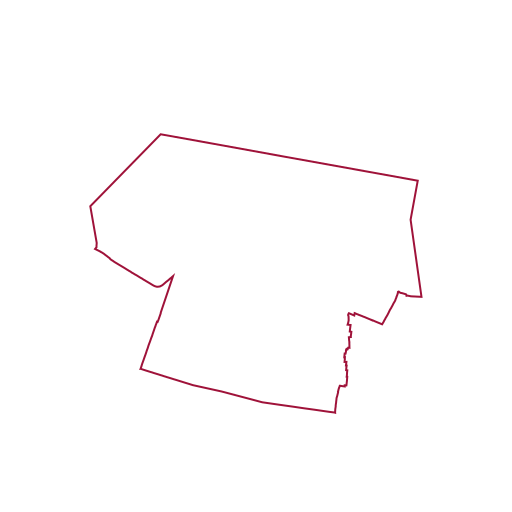 Drechterland, Noord-Holland, Netherlands, rotated 219°
{"feature_id": "6326949B42613420061544", "entity_name": "Drechterland", "entity_type": "district", "adm_level": 2, "iso_a3": "NLD", "parent_name": "Netherlands", "parent_adm1": "Noord-Holland", "projection": "orthographic", "projection_center": [5.149, 52.656], "detail": "fine", "context": "isolated", "style": "outline", "palette": "rose", "viewbox_px": 512, "rotation_deg": 219, "n_neighbors": 0, "source": "geoboundaries", "source_scale": "gbopen_adm2", "svg_char_len": 5516}
<svg xmlns="http://www.w3.org/2000/svg" viewBox="0 0 512 512"><g transform="rotate(219 256 256)"><path d="M177.7,416.3L223.8,391.0L298.6,349.9L359.6,316.5L406.7,290.6L416.1,190.4L388.0,165.9L386.2,163.3L385.5,162.5L385.5,160.2L379.7,161.5L379.6,161.4L379.4,161.4L379.3,161.5L378.6,161.6L377.6,161.8L376.4,161.9L375.7,162.0L375.3,162.0L374.1,162.0L373.6,162.0L371.9,162.1L370.7,162.1L370.3,162.1L370.1,162.1L369.9,162.1L369.7,162.1L368.9,162.2L368.7,162.2L368.4,162.2L368.1,162.1L367.6,162.0L367.4,161.9L367.2,161.9L366.1,161.9L365.8,162.0L365.2,162.0L363.9,162.2L363.0,162.2L362.3,162.3L361.3,162.4L361.0,162.4L360.7,162.5L360.0,162.6L357.7,162.9L355.0,163.3L350.8,163.9L349.1,164.1L347.4,164.3L346.1,164.5L345.7,164.5L344.7,164.7L343.4,164.9L342.9,164.9L342.4,164.9L342.1,164.9L341.4,165.1L340.7,165.2L339.2,165.4L338.3,165.5L338.0,165.6L337.4,165.7L336.2,165.9L334.5,166.1L333.0,166.3L332.0,166.4L330.8,166.7L330.7,166.7L329.4,166.8L328.4,166.9L328.2,166.9L327.5,167.1L326.6,167.2L326.4,167.2L321.7,167.9L319.4,168.2L317.3,168.5L316.8,168.6L316.4,168.7L315.6,168.9L314.9,169.2L314.1,169.5L313.3,170.0L312.1,171.2L311.6,171.8L311.3,172.2L311.3,172.4L311.2,172.6L310.8,173.4L310.6,173.9L310.5,174.2L310.4,174.5L310.2,175.4L310.0,176.5L309.7,178.3L309.6,179.0L309.3,180.3L308.9,182.0L308.8,182.5L308.6,184.1L308.2,185.7L308.0,187.0L307.8,188.1L298.5,163.1L295.8,155.8L294.4,152.1L294.0,151.5L293.9,151.3L291.6,144.9L291.0,142.9L291.3,142.8L291.6,142.7L291.2,141.6L291.1,141.2L290.9,140.8L290.7,140.1L290.4,139.1L290.0,138.2L289.9,137.8L289.8,137.6L289.7,137.1L289.2,135.7L288.8,134.7L287.8,131.9L287.6,131.4L287.1,130.0L286.7,129.1L286.4,128.2L286.2,127.8L286.2,127.5L286.1,127.3L286.1,127.1L285.9,126.6L285.4,125.2L284.9,123.8L284.8,123.5L284.5,122.7L283.9,120.8L283.1,118.5L282.6,117.3L282.1,116.0L282.0,115.7L281.4,113.9L281.1,113.1L280.8,112.4L279.8,109.7L279.5,108.8L279.5,108.7L279.3,108.3L279.2,107.8L279.0,107.4L278.7,106.6L278.7,106.4L278.6,106.2L278.4,105.7L278.2,105.1L277.8,104.1L277.7,103.7L277.2,102.3L276.7,100.8L276.4,100.1L276.0,99.0L275.7,98.4L275.5,97.9L275.3,97.2L275.1,96.7L274.9,96.3L274.7,95.7L274.6,95.8L274.0,96.0L273.7,96.1L271.6,96.9L269.0,97.9L267.8,98.4L267.0,98.7L266.0,99.1L265.0,99.5L264.2,99.8L263.9,100.0L263.6,100.1L263.3,100.2L261.4,100.9L260.0,101.5L259.7,101.6L259.4,101.7L259.2,101.8L258.0,102.3L254.9,103.5L254.2,103.8L253.5,104.1L252.6,104.4L251.8,104.7L250.4,105.3L249.6,105.6L249.0,105.8L248.6,106.0L245.4,107.3L242.3,108.5L240.9,109.1L238.9,109.9L230.6,113.2L226.9,114.7L223.8,115.9L197.6,129.0L169.1,141.8L159.2,146.2L158.5,146.6L143.9,155.3L132.6,162.1L122.8,167.9L113.4,173.6L107.0,177.4L101.3,180.8L97.1,183.4L96.6,183.7L95.9,184.0L96.1,184.2L97.8,186.6L98.1,187.0L98.3,187.4L99.5,189.4L99.7,189.6L100.0,190.0L100.7,191.1L101.1,191.8L101.4,192.3L101.5,192.5L102.0,193.2L103.0,194.8L104.0,196.3L104.3,197.0L104.5,197.5L104.8,198.3L105.2,199.1L106.4,201.7L106.5,201.8L106.6,202.0L107.1,202.4L107.1,202.6L107.2,202.9L107.9,204.3L108.1,204.9L108.3,205.2L108.4,205.6L108.7,206.3L108.8,207.0L109.1,207.7L109.2,207.8L109.2,208.0L108.8,208.2L107.0,209.2L106.0,209.8L105.0,210.4L105.2,210.6L105.7,211.3L104.3,212.3L104.4,212.5L106.7,216.1L109.1,219.6L109.3,219.5L109.6,219.3L110.2,220.4L111.8,222.6L113.1,224.6L114.1,224.0L115.4,225.9L116.6,227.9L117.2,227.5L117.7,228.3L117.8,228.5L118.2,229.2L118.6,229.8L118.7,230.0L119.1,230.6L120.5,229.4L121.4,230.7L122.1,231.9L122.3,232.1L122.6,232.2L122.8,232.4L122.9,232.8L123.2,233.3L123.7,232.9L124.0,233.3L124.5,234.2L124.8,234.6L125.2,235.2L125.7,236.0L125.0,236.5L125.5,237.5L126.9,240.0L127.0,239.9L127.1,240.1L126.5,240.5L126.8,241.0L126.6,241.1L126.8,241.4L126.5,241.8L126.4,241.8L126.5,242.0L126.6,242.3L126.5,242.5L126.6,242.8L125.6,243.5L125.9,243.8L127.3,245.5L128.6,247.0L128.8,247.3L129.2,247.8L129.3,247.8L129.9,248.5L130.5,249.0L132.7,251.3L131.3,252.7L131.5,252.9L131.7,253.1L131.8,253.3L132.4,254.2L133.3,255.7L134.2,257.1L135.6,256.3L136.1,257.1L137.0,258.5L139.1,261.9L141.6,260.3L141.7,260.6L141.8,260.8L142.1,261.5L142.5,262.4L142.8,263.0L143.2,263.7L143.5,264.3L143.9,264.8L144.1,265.0L144.6,265.6L145.0,266.1L145.9,267.1L146.3,267.5L146.8,267.8L147.2,268.0L147.4,268.3L147.5,268.6L147.7,269.2L147.8,270.0L142.9,271.4L142.2,271.6L143.4,273.7L143.1,273.8L142.5,274.0L141.8,274.1L140.6,274.5L140.3,274.6L140.1,274.7L138.9,275.0L138.6,275.1L138.1,275.3L137.9,275.4L137.5,275.5L137.1,275.6L136.0,276.0L134.5,276.4L133.9,276.6L133.5,276.8L133.1,276.9L132.8,277.0L132.4,277.1L130.6,277.6L130.3,277.7L129.6,277.9L129.3,278.0L128.2,278.3L127.9,278.4L127.3,278.6L126.8,278.7L126.5,278.8L126.3,278.8L126.1,278.9L125.7,279.0L125.8,279.1L124.3,279.6L122.4,280.1L116.7,281.8L115.6,282.1L115.0,282.3L115.2,283.6L115.3,284.5L115.5,285.6L115.8,286.7L115.8,287.1L116.0,288.4L116.2,289.1L116.5,291.3L116.7,292.7L117.0,294.1L117.2,295.1L118.0,298.4L118.1,299.2L118.3,300.9L118.6,302.2L118.7,303.0L119.1,304.9L119.3,305.5L119.4,306.6L119.5,306.9L119.5,307.3L119.7,308.5L119.8,309.0L119.9,309.3L120.0,309.5L120.1,309.8L120.2,310.0L120.5,311.0L120.8,312.1L121.2,312.8L121.2,313.1L121.4,313.6L121.5,313.9L121.6,314.3L121.7,314.6L122.2,315.9L122.3,316.0L122.4,316.4L122.5,316.7L122.7,316.9L122.9,317.1L123.1,317.4L123.1,317.5L122.9,317.8L122.7,318.2L122.3,318.2L121.9,318.1L121.6,318.2L121.4,318.2L121.1,318.2L120.8,318.2L120.5,318.3L119.7,318.7L119.5,318.9L115.4,320.6L115.2,320.6L114.9,320.5L114.7,320.4L114.0,319.8L113.3,320.6L110.2,322.2L101.7,328.4L158.7,381.5L177.7,416.3Z" fill="none" stroke="#9f1239" stroke-width="2"/></g></svg>